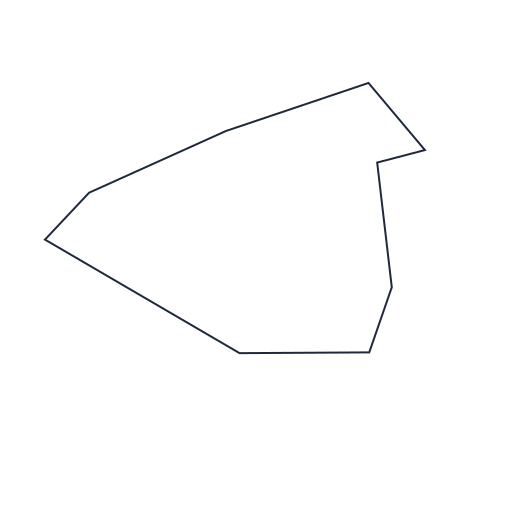 SVG path tracing the border of Sliema, rotated 251°
{"feature_id": "MLT-5936", "entity_name": "Sliema", "entity_type": "state/province", "adm_level": 1, "iso_a3": "MLT", "parent_name": "Malta", "parent_adm1": "", "projection": "natural_earth1", "projection_center": [14.506, 35.912], "detail": "fine", "context": "isolated", "style": "outline", "palette": "slate", "viewbox_px": 512, "rotation_deg": 251, "n_neighbors": 0, "source": "natural_earth", "source_scale": "10m", "svg_char_len": 284}
<svg xmlns="http://www.w3.org/2000/svg" viewBox="0 0 512 512"><g transform="rotate(251 256 256)"><path d="M340.2,61.8L370.2,118.8L384.0,268.4L383.0,418.7L301.2,450.2L304.9,401.0L182.2,374.2L128.0,331.7L169.5,208.8L340.2,61.8Z" fill="none" stroke="#1e293b" stroke-width="2"/></g></svg>